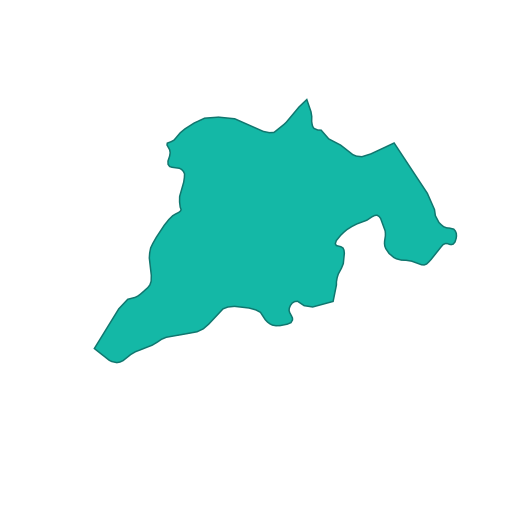 an SVG outline of Carlow, rotated 41°
{"feature_id": "IRL-77", "entity_name": "Carlow", "entity_type": "County", "adm_level": 1, "iso_a3": "IRL", "parent_name": "Ireland", "parent_adm1": "", "projection": "orthographic", "projection_center": [-6.775, 52.691], "detail": "fine", "context": "isolated", "style": "filled", "palette": "teal", "viewbox_px": 512, "rotation_deg": 41, "n_neighbors": 0, "source": "natural_earth", "source_scale": "10m", "svg_char_len": 2280}
<svg xmlns="http://www.w3.org/2000/svg" viewBox="0 0 512 512"><g transform="rotate(41 256 256)"><path d="M234.1,119.9L247.1,116.8L262.5,116.0L266.2,114.8L270.8,111.6L275.7,103.6L286.1,80.1L344.2,96.3L360.3,103.9L364.9,107.9L372.1,110.7L375.3,110.9L378.4,110.8L381.4,109.7L383.9,107.9L387.6,106.0L390.1,106.4L392.3,107.5L394.2,109.4L395.5,111.4L397.0,114.9L397.0,117.7L395.8,119.4L394.5,120.2L392.4,121.0L390.7,122.4L389.7,124.7L389.7,127.6L390.4,143.7L390.3,147.0L390.0,150.1L388.8,152.4L386.7,154.0L376.8,157.8L372.3,160.6L368.4,163.7L363.8,166.0L361.0,166.7L354.8,166.8L349.1,165.3L346.7,164.0L344.8,162.3L343.3,160.4L340.5,156.0L338.8,154.0L337.0,152.3L325.4,145.9L323.0,145.4L320.5,145.8L318.9,147.7L317.8,150.4L316.2,156.2L311.1,165.6L309.0,170.8L307.3,176.4L306.7,180.4L306.3,184.8L306.5,191.7L307.8,194.7L309.8,195.4L314.0,193.3L316.4,192.9L318.6,193.9L320.9,196.0L326.9,204.5L328.5,209.2L329.9,215.5L331.4,219.0L333.6,222.7L335.7,225.1L344.0,239.7L332.2,257.3L324.9,261.9L317.1,262.9L315.1,265.0L314.2,267.7L314.4,270.7L315.3,273.4L316.6,275.3L318.5,276.6L322.0,277.9L324.2,278.9L325.5,280.3L326.1,283.4L324.3,287.0L319.8,292.8L316.7,295.6L313.7,297.4L310.9,298.1L308.0,298.3L304.8,298.0L296.3,295.6L291.2,296.8L284.9,299.8L272.8,308.1L268.2,313.0L265.8,317.5L265.0,338.4L264.0,345.5L261.2,351.9L241.6,376.2L239.3,380.9L238.1,385.5L236.2,391.3L227.8,407.4L226.1,412.4L224.3,422.2L222.9,425.3L220.9,427.8L216.3,430.3L213.6,431.0L194.7,431.9L187.1,385.9L187.6,372.8L191.9,366.6L193.1,363.8L193.8,360.7L195.1,350.9L194.9,347.4L193.4,343.8L189.7,339.3L176.8,327.5L173.8,323.5L171.2,319.0L169.9,314.2L168.5,307.3L166.6,293.0L166.3,285.7L166.7,280.3L167.7,277.2L169.1,273.8L169.5,271.8L169.1,270.2L166.7,268.8L162.9,265.4L159.5,261.4L159.0,260.5L153.0,247.7L150.5,243.8L148.2,240.9L145.8,239.8L143.1,239.5L140.7,240.0L134.3,244.2L132.1,245.1L129.5,244.5L127.3,242.1L125.3,237.3L123.5,234.4L121.2,232.5L116.0,230.6L115.0,229.0L116.9,225.5L118.1,222.4L118.0,212.7L119.0,206.6L122.1,196.2L126.8,185.7L136.6,175.8L149.9,166.4L179.8,157.2L185.1,154.2L188.5,151.0L190.8,138.3L191.1,135.2L190.7,115.1L191.7,104.6L202.9,111.1L206.5,114.1L209.7,117.9L211.7,119.6L213.7,121.0L216.0,121.7L220.0,120.4L222.6,118.3L234.1,119.9Z" fill="#14b8a6" stroke="#0f766e" stroke-width="1.5"/></g></svg>